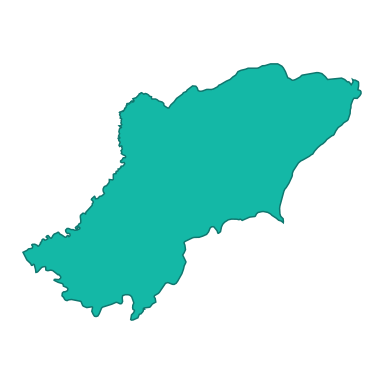 outline of Nilo, Cundinamarca, Colombia
{"feature_id": "7082276B27819593361412", "entity_name": "Nilo", "entity_type": "district", "adm_level": 2, "iso_a3": "COL", "parent_name": "Colombia", "parent_adm1": "Cundinamarca", "projection": "albers", "projection_center": [-74.661, 4.286], "detail": "fine", "context": "isolated", "style": "filled", "palette": "teal", "viewbox_px": 384, "rotation_deg": 0, "n_neighbors": 0, "source": "geoboundaries", "source_scale": "gbopen_adm2", "svg_char_len": 5892}
<svg xmlns="http://www.w3.org/2000/svg" viewBox="0 0 384 384"><path d="M289.7,78.5L287.8,77.8L285.4,71.6L283.4,68.0L281.9,66.2L277.8,63.9L270.5,63.9L265.0,65.6L262.3,65.8L258.5,67.9L257.2,68.2L248.1,68.2L245.6,69.2L241.0,70.3L238.0,71.6L235.7,75.1L232.9,76.9L230.1,79.5L226.4,81.1L220.8,84.4L218.7,85.3L217.7,86.7L213.4,89.0L211.3,89.5L206.8,89.4L202.2,91.1L199.9,91.3L198.1,90.5L197.2,87.9L195.8,86.2L192.6,85.9L187.2,90.0L186.3,91.5L183.4,92.7L182.4,94.2L176.6,98.4L174.1,101.8L170.9,104.8L168.8,108.0L167.5,107.9L164.3,105.8L163.9,105.1L163.7,103.4L162.1,102.0L158.7,101.0L157.1,99.7L155.5,99.0L152.0,99.0L151.4,97.9L151.5,96.7L149.5,96.2L148.6,95.0L146.8,93.9L145.2,93.5L143.9,94.2L141.6,92.7L141.0,92.8L140.4,93.7L139.4,93.7L138.7,95.0L136.1,97.7L132.9,98.7L134.0,100.7L133.6,101.7L133.3,101.8L133.0,101.2L132.4,101.8L131.9,100.9L130.7,101.7L130.7,102.7L129.3,102.9L128.9,104.0L127.8,103.5L127.0,103.6L126.7,104.2L127.0,105.2L126.2,105.8L125.9,107.5L125.4,108.0L124.7,108.2L124.5,109.7L123.6,110.4L123.4,111.1L123.1,111.3L122.3,111.0L122.0,111.6L119.9,112.0L119.4,112.5L120.3,113.6L119.6,114.8L120.6,116.5L120.2,118.1L121.3,118.5L121.7,119.0L121.2,120.2L121.3,122.0L120.9,122.9L121.8,124.7L120.7,125.7L119.1,125.8L120.2,127.1L121.2,127.0L121.4,127.4L119.5,128.9L118.9,131.7L119.6,133.8L118.5,136.1L119.7,137.4L119.8,138.0L119.2,138.3L118.3,138.0L118.1,138.4L118.8,139.5L118.8,140.7L119.6,141.2L120.1,142.5L119.0,145.3L119.7,146.5L121.2,145.9L121.9,146.3L121.8,147.5L122.3,149.1L121.0,150.7L121.8,152.2L121.3,153.5L122.7,154.6L124.9,155.6L125.6,156.4L125.6,157.2L125.2,157.7L123.4,157.8L122.9,158.2L122.4,159.5L120.6,160.9L120.6,162.0L121.9,162.7L124.1,162.5L124.7,163.5L124.5,164.2L123.0,166.0L121.2,166.2L120.9,166.6L121.0,167.5L120.4,167.7L119.4,169.1L118.2,168.9L118.0,170.7L117.6,171.2L116.5,171.2L116.2,171.4L115.9,172.5L116.2,173.1L115.9,173.6L114.0,173.9L113.3,174.4L113.3,179.3L112.6,179.9L109.3,179.5L109.3,181.6L109.0,182.6L106.5,185.8L105.2,186.1L103.9,187.1L103.1,189.0L103.1,190.6L103.4,191.8L104.4,193.3L103.6,194.4L101.6,196.0L99.6,196.4L97.8,198.5L95.5,198.8L94.8,196.5L94.4,196.3L91.7,198.8L91.4,199.7L92.4,200.5L93.3,201.8L93.2,202.6L92.3,203.6L92.2,205.3L85.9,212.2L85.6,213.9L84.1,213.3L82.9,213.2L80.5,215.3L80.3,216.9L80.8,220.7L80.7,222.7L80.0,223.4L79.1,223.8L77.9,225.7L76.3,226.6L75.4,227.7L76.1,228.9L77.2,229.0L77.9,227.5L78.4,227.1L79.1,227.1L79.9,227.9L79.7,228.8L77.0,230.1L74.8,230.3L73.2,229.6L71.0,229.6L68.7,228.5L67.1,228.5L65.6,230.1L65.8,231.7L67.1,233.3L69.0,233.4L69.9,234.0L70.1,235.5L69.2,236.6L68.7,236.6L68.2,235.6L67.5,235.5L65.9,237.2L65.0,237.2L61.8,235.0L60.0,234.1L58.7,232.5L58.1,232.2L56.4,233.2L54.3,234.0L53.0,235.4L51.9,237.5L51.3,238.2L50.4,238.1L48.2,235.6L47.2,235.7L46.2,236.7L46.2,237.1L47.6,237.9L47.8,238.8L45.5,240.1L44.6,240.1L44.1,239.3L43.1,239.0L42.4,239.6L42.0,239.9L41.9,240.9L40.3,243.1L40.6,243.6L38.6,246.1L37.8,246.1L37.1,245.3L34.8,244.2L32.5,244.3L31.8,244.8L31.9,245.4L32.7,246.3L32.4,247.7L31.9,248.3L28.5,248.9L26.9,250.4L23.0,252.3L26.9,260.0L30.5,263.4L31.5,265.3L32.3,265.3L33.4,264.3L34.2,264.6L35.5,269.3L35.9,272.4L36.8,272.3L37.8,271.7L41.6,267.5L42.8,266.9L45.1,266.6L45.7,267.1L45.8,269.9L46.2,270.3L47.9,270.7L50.7,270.1L52.8,270.6L57.8,274.6L58.1,274.8L58.5,274.4L59.0,274.6L60.6,276.6L60.8,277.5L60.4,278.4L58.9,279.6L55.0,279.3L54.3,279.5L54.1,280.3L58.1,282.3L62.3,283.6L63.1,284.4L63.4,286.1L66.5,287.4L67.8,288.5L67.8,289.9L67.2,290.8L65.3,291.7L63.5,291.9L62.3,293.1L62.0,295.8L63.7,297.5L64.4,299.0L65.4,300.1L66.6,300.5L67.1,300.6L68.7,299.8L71.6,299.5L80.6,301.3L81.1,301.8L82.7,305.6L83.6,306.3L86.8,307.6L91.9,306.8L92.5,307.2L92.5,307.8L91.8,311.3L93.3,314.5L94.4,316.1L95.1,316.4L96.2,316.5L97.8,316.0L99.2,313.8L101.6,308.0L102.7,307.1L111.8,304.2L116.1,302.3L117.6,302.6L119.8,303.7L120.9,303.8L121.7,303.4L122.6,301.5L122.2,297.8L122.7,295.6L125.3,294.7L128.1,294.7L129.9,295.2L131.4,296.5L131.8,297.1L133.7,302.5L133.7,303.3L132.8,305.3L132.6,307.8L133.0,309.4L134.4,310.2L134.5,310.8L133.5,312.8L131.5,314.9L130.7,319.6L131.6,320.1L133.2,319.9L137.9,317.8L139.3,314.3L141.0,313.8L142.8,311.7L143.3,310.8L143.3,309.7L144.4,309.2L143.5,308.7L144.2,307.9L149.3,307.3L150.2,306.9L152.4,304.0L155.8,302.1L155.2,298.4L154.3,297.1L154.2,296.5L154.6,295.6L158.3,293.4L159.3,292.4L165.5,283.3L167.5,282.6L168.7,282.8L172.4,284.3L174.1,284.4L176.1,283.3L177.6,281.3L181.9,273.7L183.5,269.1L184.2,265.9L185.8,262.6L185.9,261.7L182.7,255.0L184.1,252.8L185.5,249.7L184.9,245.2L184.0,242.8L184.4,242.0L185.3,241.3L192.8,237.7L194.5,237.4L199.1,237.3L202.8,236.1L206.6,234.4L208.6,231.8L210.0,228.2L211.5,226.8L213.2,226.7L214.0,227.0L217.1,230.8L217.7,232.8L218.1,233.3L218.6,233.2L220.5,231.7L221.5,226.9L222.7,224.3L224.6,222.2L228.3,219.8L231.5,219.1L236.8,219.2L239.0,219.7L240.0,219.2L240.7,219.3L242.2,220.4L249.7,217.1L254.8,216.5L255.4,216.1L256.4,214.0L258.0,212.5L261.9,211.6L263.4,211.5L267.8,212.4L270.5,213.9L272.0,215.4L276.3,218.2L278.6,220.2L281.3,221.1L283.3,222.7L283.4,221.2L283.1,218.7L280.7,216.3L279.9,213.8L279.6,208.3L279.9,206.0L283.9,191.2L284.8,189.2L286.2,187.6L289.0,183.1L291.9,176.8L292.3,175.5L292.4,173.2L293.3,170.8L298.4,163.0L300.7,161.0L303.1,159.8L309.3,156.3L311.5,154.6L312.7,154.1L314.6,151.1L317.7,147.6L320.7,145.0L322.9,143.7L325.4,141.4L326.8,139.5L332.0,135.7L333.1,135.4L334.0,134.6L335.9,130.8L338.2,127.5L341.7,125.1L343.6,122.9L347.4,120.5L348.1,119.6L350.1,113.6L350.3,109.7L350.9,107.9L351.0,104.9L352.8,99.9L354.0,98.2L357.2,98.4L359.8,95.7L361.0,93.7L361.0,91.8L360.4,90.7L357.9,89.7L358.6,86.1L358.6,82.7L358.2,81.7L355.2,80.1L353.6,80.1L352.5,79.4L353.0,81.1L352.9,82.3L351.2,84.8L349.3,82.2L348.5,81.8L347.4,81.9L344.7,79.5L341.6,78.1L327.6,79.5L325.4,76.7L321.9,73.6L318.6,72.7L316.7,72.6L302.4,75.1L301.7,75.4L299.8,77.2L295.3,79.6L293.8,80.1L292.6,80.3L291.8,80.0L289.7,78.5Z" fill="#14b8a6" stroke="#0f766e" stroke-width="1.5"/></svg>